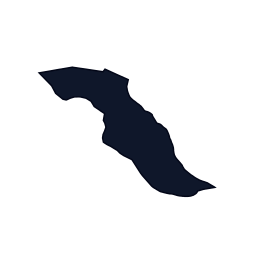 Goeree-Overflakkee, Zuid-Holland, Netherlands (Natural Earth projection), rotated 25°
{"feature_id": "6326949B86973189891179", "entity_name": "Goeree-Overflakkee", "entity_type": "district", "adm_level": 2, "iso_a3": "NLD", "parent_name": "Netherlands", "parent_adm1": "Zuid-Holland", "projection": "natural_earth1", "projection_center": [4.215, 51.751], "detail": "fine", "context": "isolated", "style": "filled", "palette": "ink", "viewbox_px": 256, "rotation_deg": 25, "n_neighbors": 0, "source": "geoboundaries", "source_scale": "gbopen_adm2", "svg_char_len": 4886}
<svg xmlns="http://www.w3.org/2000/svg" viewBox="0 0 256 256"><g transform="rotate(25 128 128)"><path d="M109.2,90.8L107.8,84.1L95.0,84.3L82.3,84.4L82.1,85.5L81.6,87.3L81.6,87.6L80.8,87.8L75.5,89.4L69.1,91.3L65.0,92.5L62.7,93.2L61.7,93.5L61.4,93.6L61.0,93.7L60.7,93.8L60.1,94.0L54.7,95.6L53.1,96.1L51.9,96.4L42.4,103.0L41.0,103.9L33.2,109.4L24.2,115.6L41.0,122.0L45.9,125.7L46.2,125.9L47.7,127.1L49.2,127.5L54.9,128.9L56.8,129.4L60.1,128.7L60.8,128.0L62.9,125.5L63.0,125.4L66.2,122.5L69.6,120.8L71.4,120.0L72.2,119.8L77.4,118.7L83.4,119.4L83.7,119.7L86.6,121.6L88.3,122.8L95.4,123.9L95.5,124.0L100.7,124.8L101.5,127.8L102.5,131.5L104.9,133.3L107.7,136.6L107.9,138.7L108.1,140.6L108.2,144.4L109.2,147.8L111.7,151.2L113.5,151.5L115.8,151.8L117.6,151.9L118.7,151.9L120.0,151.9L124.1,152.4L127.8,152.8L130.9,154.0L131.6,154.2L135.8,154.8L140.6,154.9L145.0,155.0L146.1,155.7L148.6,157.3L158.4,163.5L161.2,165.0L174.0,170.6L174.8,170.8L175.5,171.0L176.0,171.1L176.7,171.2L177.4,171.3L178.1,171.3L178.8,171.4L179.5,171.5L180.1,171.6L180.9,171.6L181.6,171.7L182.2,171.8L182.9,171.8L183.6,171.9L184.3,171.9L185.0,171.8L185.9,171.6L186.3,171.5L187.7,171.3L188.3,171.2L189.0,171.0L189.7,170.9L190.3,170.8L191.0,170.6L191.5,170.5L192.1,170.4L192.6,170.2L193.2,170.1L193.5,170.0L194.0,169.8L194.6,169.5L195.2,169.3L195.9,169.1L196.6,168.9L196.9,168.9L197.3,168.8L198.0,168.7L198.7,168.6L199.3,168.5L200.0,168.4L200.7,168.3L201.4,168.2L202.1,168.0L202.6,167.9L203.3,167.7L204.0,167.5L204.4,167.3L204.7,167.2L205.3,167.0L206.0,166.8L206.6,166.6L207.2,166.3L207.9,166.1L209.1,165.6L209.7,165.3L210.3,165.0L210.9,164.7L211.5,164.4L212.0,164.1L212.6,163.7L213.1,163.4L213.5,163.1L214.1,162.6L214.5,162.2L214.9,161.8L215.4,161.4L215.8,160.9L216.1,160.4L216.4,159.9L216.8,159.4L217.1,158.9L217.3,158.4L217.5,157.9L217.6,157.3L217.7,156.8L217.7,156.2L217.7,155.7L222.2,151.7L223.9,150.5L224.3,150.2L224.9,149.9L225.0,149.8L225.4,149.5L228.3,147.5L230.5,146.0L231.8,145.1L231.3,145.0L225.8,144.5L223.9,144.3L223.7,144.3L223.4,144.2L220.2,144.5L218.0,144.8L215.5,145.0L214.7,145.0L213.9,145.0L213.2,144.9L212.9,144.9L212.3,144.9L211.4,144.8L211.1,144.8L210.8,144.8L210.5,144.8L210.2,144.7L209.8,144.7L209.7,144.7L209.4,144.6L209.2,144.6L208.7,144.5L207.1,144.2L205.8,144.0L205.4,144.0L205.0,143.9L204.5,143.8L204.2,143.7L203.6,143.6L203.1,143.5L202.7,143.4L202.1,143.2L201.7,143.1L201.3,143.1L200.8,142.9L200.1,142.7L198.9,142.4L198.2,142.2L197.9,142.2L197.7,142.1L197.3,142.0L197.2,142.0L197.2,141.9L196.8,141.8L196.7,141.8L196.7,141.7L196.3,141.5L196.2,141.5L196.1,141.4L195.9,141.3L195.6,141.1L195.2,140.8L195.1,140.7L194.8,140.5L194.4,140.3L194.0,140.0L193.9,139.9L193.7,139.8L193.5,139.6L193.3,139.4L193.2,139.3L193.1,139.2L192.9,139.0L192.7,138.9L192.4,138.7L192.2,138.6L191.7,138.4L191.4,138.2L191.1,138.1L190.9,138.0L190.2,137.7L189.7,137.4L188.9,137.1L188.6,137.0L188.5,136.9L187.8,136.6L187.6,136.5L187.3,136.4L186.9,136.2L186.7,136.2L185.9,135.8L185.8,135.7L185.4,135.6L185.2,135.5L184.9,135.3L184.5,135.1L184.0,134.8L183.8,134.7L183.5,134.6L183.3,134.4L183.1,134.2L182.6,133.9L182.2,133.5L181.9,133.3L181.4,132.9L181.2,132.6L180.9,132.4L180.7,132.1L180.5,131.7L180.3,131.5L180.0,131.1L179.8,130.8L179.5,130.4L179.3,130.0L179.0,129.6L178.8,129.3L178.7,129.1L178.5,128.7L178.4,128.5L178.3,128.3L178.2,128.0L178.1,127.9L178.0,127.7L177.8,127.4L177.7,127.3L177.6,127.1L177.4,126.7L177.2,126.5L176.9,126.1L176.6,125.8L176.4,125.5L176.2,125.3L175.9,125.0L175.5,124.5L175.0,124.0L174.5,123.6L174.2,123.4L174.0,123.2L173.6,122.8L173.1,122.3L172.6,121.8L172.2,121.3L171.9,121.1L171.7,120.8L171.5,120.7L171.4,120.6L171.2,120.5L171.0,120.3L170.7,120.1L170.4,119.9L170.0,119.6L169.8,119.3L169.3,118.6L168.9,118.1L168.4,117.5L167.9,117.0L167.4,116.5L167.0,116.1L166.2,115.4L164.6,114.0L163.6,113.3L163.1,113.0L162.4,112.8L161.3,112.6L159.7,112.3L158.9,112.0L158.5,111.9L158.0,111.7L157.9,111.6L157.3,111.4L156.6,111.2L156.0,111.1L155.3,111.0L154.5,111.1L153.8,111.2L153.1,111.3L152.4,111.4L151.8,111.2L151.2,110.9L150.7,110.5L150.2,110.2L149.6,109.8L149.2,109.5L148.6,109.1L148.1,108.8L147.8,108.6L147.5,108.4L147.0,108.1L146.5,107.7L146.0,107.4L145.5,107.1L145.4,107.0L145.3,106.9L145.2,106.8L144.8,106.4L144.5,106.0L144.2,105.7L143.5,105.5L142.8,105.3L141.8,105.1L141.5,105.1L141.1,105.1L140.5,105.0L139.9,105.0L139.1,105.0L138.5,105.1L137.8,105.2L137.3,105.4L136.6,105.4L135.9,105.4L135.3,105.2L134.8,105.0L134.4,104.8L133.6,104.3L132.4,103.7L131.8,103.4L131.2,103.1L130.6,102.8L129.2,102.5L127.9,102.1L127.2,102.0L125.9,101.8L124.6,101.5L124.4,101.4L123.1,101.1L122.3,100.9L121.9,100.9L121.0,100.7L119.7,100.3L119.0,100.1L118.4,99.9L117.2,99.4L116.5,99.1L116.0,98.7L115.5,98.3L115.0,97.9L114.7,97.6L114.3,97.2L113.7,96.6L113.3,96.3L112.8,95.7L112.3,95.2L111.9,94.8L111.7,94.5L111.5,94.2L111.2,93.9L110.8,93.2L110.1,92.2L109.7,91.7L109.2,90.8Z" fill="#0f172a" stroke="#020617" stroke-width="1.5"/></g></svg>